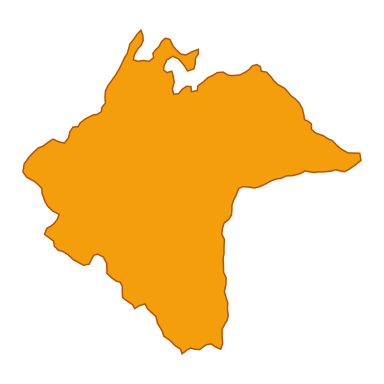 Rio Rufino, Santa Catarina, Brazil
{"feature_id": "56859067B87271678481012", "entity_name": "Rio Rufino", "entity_type": "district", "adm_level": 2, "iso_a3": "BRA", "parent_name": "Brazil", "parent_adm1": "Santa Catarina", "projection": "orthographic", "projection_center": [-49.748, -27.921], "detail": "fine", "context": "isolated", "style": "filled", "palette": "amber", "viewbox_px": 384, "rotation_deg": 0, "n_neighbors": 0, "source": "geoboundaries", "source_scale": "gbopen_adm2", "svg_char_len": 2822}
<svg xmlns="http://www.w3.org/2000/svg" viewBox="0 0 384 384"><path d="M24.1,164.0L23.0,172.0L26.8,177.3L34.4,181.4L39.2,185.5L41.9,188.7L42.1,193.6L45.1,201.7L47.7,206.2L52.5,210.9L59.1,214.4L57.1,219.7L53.7,223.8L50.6,226.3L46.8,228.3L44.5,234.3L50.0,238.4L53.7,241.3L54.3,246.2L58.7,250.5L62.4,251.2L68.3,254.9L73.3,259.7L77.5,262.0L83.6,265.2L89.1,264.2L91.5,259.5L93.9,255.1L97.7,254.2L103.2,256.9L106.7,263.3L106.9,268.4L106.9,273.2L111.8,278.0L116.4,281.2L120.2,282.2L122.3,286.3L122.3,292.2L122.5,297.4L125.9,300.2L132.6,304.7L134.8,308.7L138.7,305.9L145.1,303.9L147.6,308.9L151.6,312.6L156.0,316.5L157.4,322.9L160.5,328.2L162.5,331.8L163.7,336.1L169.5,340.0L175.4,345.9L180.5,349.1L182.1,353.8L187.1,349.9L190.6,348.0L194.2,349.2L199.7,349.6L205.8,344.9L211.2,343.9L214.7,346.5L220.7,349.2L222.7,343.5L222.1,336.4L222.1,329.3L225.0,323.7L227.2,320.3L228.2,315.5L227.4,308.9L227.8,303.1L226.2,297.9L224.4,291.5L225.9,284.7L226.2,278.0L223.6,272.5L223.5,265.7L223.1,258.5L224.0,253.7L224.0,247.4L224.4,239.5L221.7,234.0L222.6,227.8L224.1,223.1L228.6,219.6L231.5,215.0L231.9,210.3L231.9,205.4L233.3,200.8L235.9,195.8L238.6,188.7L242.8,186.6L248.9,187.1L254.6,188.0L260.4,186.4L267.3,183.0L271.5,180.7L276.2,179.0L281.4,178.2L286.5,175.9L292.2,175.7L297.2,174.5L301.7,172.9L305.1,170.9L309.6,171.8L314.0,172.5L318.3,171.9L324.3,171.9L331.1,171.1L335.7,169.8L340.3,170.9L344.4,171.8L349.0,169.3L355.4,164.9L361.0,160.4L359.8,153.3L354.7,153.1L347.8,152.9L340.6,148.7L336.1,144.6L332.5,140.7L328.2,138.9L323.5,135.8L315.5,132.9L311.5,129.4L311.4,123.9L308.4,121.4L304.5,119.8L303.9,115.5L302.5,109.0L299.3,103.1L295.2,98.9L290.8,95.6L287.6,91.6L284.4,88.2L277.9,84.6L273.8,80.8L271.0,76.8L266.6,72.2L261.1,71.0L260.5,66.7L256.9,64.6L252.5,65.7L248.9,69.7L244.9,72.4L240.0,74.9L234.4,75.5L228.7,75.4L223.0,72.1L217.2,72.6L212.7,75.4L207.9,77.6L203.2,82.0L197.8,85.9L197.3,90.7L191.4,91.6L191.0,86.6L186.4,86.3L182.1,89.4L178.3,93.9L173.6,94.1L172.4,88.8L174.2,82.0L173.1,75.8L171.8,71.2L166.9,72.6L163.5,69.9L164.2,65.5L166.8,60.0L172.8,56.3L178.3,58.8L181.7,62.5L184.7,66.2L187.6,71.0L193.8,68.9L195.3,63.4L195.5,58.2L198.3,54.0L198.3,49.3L191.4,52.0L185.8,55.0L180.9,54.1L177.0,50.6L173.2,46.4L169.9,39.4L165.3,38.2L161.7,41.4L158.9,46.7L155.8,49.7L152.9,53.3L153.6,57.7L149.1,61.3L143.2,60.5L137.7,61.3L133.3,59.8L134.5,54.7L137.4,49.5L141.0,45.4L143.2,40.6L142.8,35.3L140.9,30.2L137.3,34.1L133.5,39.4L129.8,44.2L128.5,49.2L127.2,53.6L124.2,58.4L121.8,63.7L118.9,69.5L115.7,74.9L112.1,79.9L107.8,85.9L105.4,91.2L105.0,97.6L105.4,103.1L101.9,107.4L101.3,111.8L97.0,114.4L92.9,115.0L85.4,118.9L80.3,122.8L78.0,126.7L73.0,127.1L70.0,131.5L68.6,137.5L64.5,143.1L59.0,141.9L53.1,139.1L49.7,141.1L46.0,143.9L42.9,146.2L38.4,147.9L33.6,152.3L29.1,157.0L24.1,164.0Z" fill="#f59e0b" stroke="#b45309" stroke-width="1.5"/></svg>